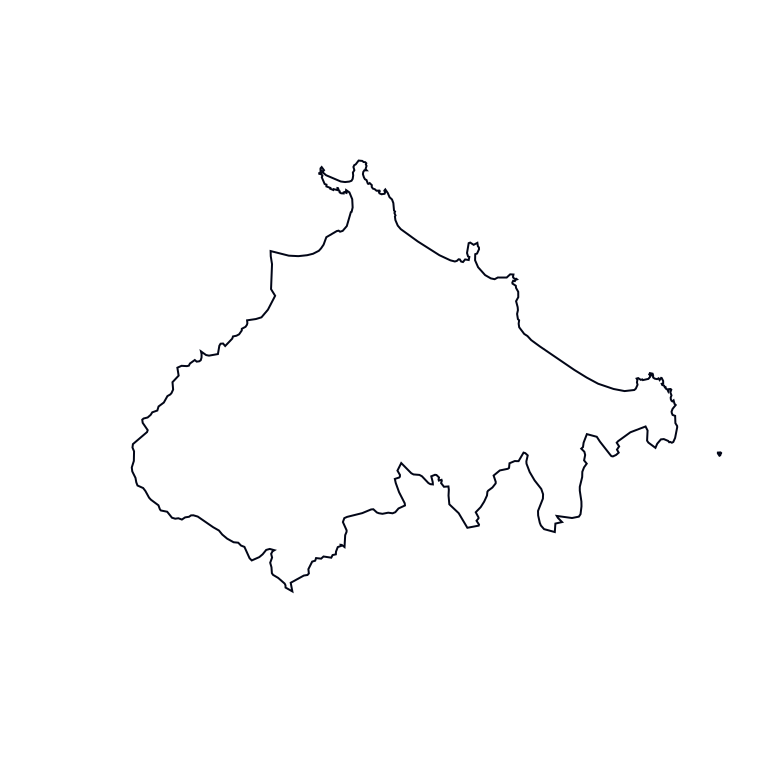 Binh Son, Quảng Ngãi, Vietnam, rotated 332°
{"feature_id": "81297802B82760747397164", "entity_name": "Binh Son", "entity_type": "district", "adm_level": 2, "iso_a3": "VNM", "parent_name": "Vietnam", "parent_adm1": "Quảng Ngãi", "projection": "equal_earth", "projection_center": [108.804, 15.309], "detail": "fine", "context": "isolated", "style": "outline", "palette": "ink", "viewbox_px": 768, "rotation_deg": 332, "n_neighbors": 0, "source": "geoboundaries", "source_scale": "gbopen_adm2", "svg_char_len": 6167}
<svg xmlns="http://www.w3.org/2000/svg" viewBox="0 0 768 768"><g transform="rotate(332 384 384)"><path d="M593.7,567.8L597.2,565.0L602.5,562.9L605.2,564.0L608.2,567.7L608.5,569.3L609.6,569.6L610.6,571.0L612.2,571.0L615.7,568.3L622.6,559.8L623.1,558.7L622.9,555.4L626.1,548.8L624.3,546.8L624.5,544.6L625.0,543.3L627.2,541.4L631.7,539.5L631.2,537.9L632.0,534.4L630.4,534.7L630.0,533.7L630.1,532.1L630.8,530.5L632.5,529.0L632.9,525.8L635.0,523.9L634.7,523.0L633.3,522.3L631.5,524.0L631.6,521.6L630.8,520.7L631.1,518.9L630.4,518.8L630.5,516.9L629.2,515.5L629.3,514.2L630.8,514.5L631.9,512.4L632.0,509.1L631.6,508.7L629.2,509.9L629.1,507.9L627.4,507.9L625.5,506.3L624.7,504.6L625.4,503.3L624.4,502.2L624.9,501.3L625.9,501.6L626.0,501.0L623.9,499.2L622.7,500.1L623.2,500.8L622.1,502.7L619.8,503.6L614.4,502.1L614.2,501.2L612.7,500.9L611.2,498.1L609.6,497.8L609.6,499.4L608.1,501.3L607.5,503.7L604.2,506.3L602.2,506.8L593.1,503.2L584.4,496.2L573.2,484.3L566.0,473.5L558.7,461.0L539.3,424.1L534.6,414.4L533.2,409.0L531.3,405.6L530.0,397.4L531.2,394.0L533.2,391.2L532.7,389.6L534.4,384.6L536.9,381.7L538.1,378.9L539.5,372.9L543.3,370.4L545.8,365.6L545.7,361.1L546.5,359.1L544.6,355.7L544.9,354.7L546.5,353.5L547.8,354.6L549.3,353.7L550.5,354.0L550.2,353.2L548.9,352.7L548.2,351.2L548.1,350.1L549.7,348.1L546.9,346.4L542.3,347.6L534.5,343.4L530.9,343.4L527.9,340.9L524.4,335.3L521.9,325.1L522.5,317.5L525.5,312.2L527.4,312.5L531.2,309.6L531.9,308.0L531.6,306.4L532.7,303.2L528.5,303.2L526.5,299.6L524.9,299.4L518.8,307.3L518.1,310.8L519.0,311.9L517.0,314.3L514.1,312.1L511.0,313.4L509.6,312.1L509.4,309.6L508.4,308.9L506.2,309.5L504.1,309.1L500.7,306.0L493.4,296.3L480.7,273.9L471.5,255.1L470.5,250.6L471.0,244.7L472.3,241.2L473.3,240.6L473.5,237.9L474.7,237.0L474.3,235.5L477.2,228.6L477.7,224.8L476.6,221.7L477.0,217.1L476.5,212.8L475.1,213.4L474.8,215.5L473.8,216.3L470.9,215.3L469.5,213.5L469.6,212.1L470.8,211.7L470.8,211.1L468.1,209.8L467.3,207.7L465.9,206.2L465.7,204.1L466.6,202.7L465.7,199.9L464.4,200.1L463.8,199.5L464.3,195.7L463.3,194.2L463.3,192.0L463.9,188.8L465.3,187.0L467.0,186.1L469.0,187.2L468.6,185.6L471.0,183.2L471.0,181.7L472.0,180.8L471.6,179.4L470.2,178.4L469.5,176.8L466.5,174.8L462.1,176.8L460.5,176.8L458.9,178.0L458.2,181.3L455.8,182.7L454.7,185.4L452.6,188.2L450.7,189.3L448.4,189.0L444.4,187.4L440.9,184.9L430.9,172.5L429.5,169.0L429.8,167.7L431.4,167.1L430.8,163.2L429.2,163.8L428.5,165.0L429.0,166.3L427.8,166.4L427.7,167.9L425.8,167.4L425.5,168.0L427.2,169.5L427.4,171.2L426.1,172.3L425.5,179.5L426.8,181.0L425.9,182.5L428.7,185.7L428.2,186.3L430.3,188.9L431.0,188.3L433.9,190.9L434.9,189.1L435.3,189.4L435.0,192.3L435.4,193.1L434.8,194.0L435.7,195.5L437.8,196.8L438.2,195.9L439.2,195.9L440.6,197.7L441.5,196.8L441.2,195.6L441.6,195.0L443.4,198.6L442.7,205.9L439.2,213.4L436.2,216.8L435.4,216.7L425.3,227.1L419.4,229.4L416.7,228.9L415.9,227.3L414.1,226.8L402.0,227.3L396.1,232.6L392.1,234.7L389.0,235.8L382.5,235.7L376.6,234.2L368.4,230.9L360.2,226.0L346.3,213.4L344.0,218.0L341.4,225.6L328.8,247.2L329.3,255.0L316.4,263.9L307.1,267.6L301.4,266.5L293.0,263.5L291.9,266.2L290.7,267.4L288.6,268.5L284.4,268.5L283.5,270.0L279.4,272.1L276.4,272.1L273.0,271.1L271.3,272.7L261.6,275.9L260.9,272.7L258.6,271.7L256.6,272.9L251.4,279.6L242.8,276.8L240.5,274.9L237.7,269.3L237.0,271.9L235.3,275.0L233.3,277.0L231.5,277.2L229.1,276.3L228.2,274.0L222.3,274.8L220.3,276.2L218.4,275.7L213.8,272.9L209.2,272.6L206.6,280.2L198.1,283.1L195.2,289.9L192.2,292.2L190.4,292.9L187.1,293.0L180.9,297.0L174.4,298.0L171.4,301.0L166.1,300.2L163.5,301.7L159.6,302.6L155.5,301.6L153.8,302.0L152.7,305.0L153.7,313.8L152.2,315.2L134.1,319.2L132.1,322.0L131.7,326.1L127.0,334.5L122.1,339.3L120.7,343.0L120.5,350.2L119.1,354.6L118.7,357.9L122.5,362.8L123.1,366.5L123.2,374.1L123.9,376.8L127.9,385.2L127.3,389.5L127.6,390.9L132.6,395.0L134.0,402.5L136.4,404.9L139.4,406.0L141.9,408.8L145.8,408.4L149.5,409.7L151.9,409.4L154.0,410.4L157.3,413.6L165.9,430.2L169.5,435.9L170.5,441.0L172.9,446.9L176.9,453.1L180.8,455.7L181.9,459.5L184.3,462.3L183.5,474.7L184.4,477.7L192.6,478.3L196.9,477.4L202.1,475.2L205.7,476.0L209.2,479.3L207.0,479.4L204.6,481.0L203.7,484.7L199.6,488.4L198.6,493.0L196.2,498.4L196.4,500.4L199.5,505.5L202.6,513.6L202.5,515.5L201.5,517.5L205.7,524.1L208.3,515.7L223.3,515.5L226.8,516.7L228.7,516.0L230.3,512.0L237.2,507.1L240.3,507.7L242.3,505.8L246.5,508.7L249.6,507.9L255.9,512.6L258.3,510.9L261.5,511.8L262.9,509.5L266.6,506.3L269.9,506.8L270.2,505.6L271.1,506.2L272.6,509.4L278.8,499.2L281.5,497.0L282.3,495.6L282.9,486.6L286.0,483.8L289.0,484.0L304.2,487.8L313.7,488.7L315.8,489.6L317.4,494.1L318.8,495.7L321.7,497.9L327.3,499.6L330.9,502.2L333.8,502.5L338.4,500.7L345.5,501.1L346.3,499.0L346.5,486.6L347.9,476.9L349.0,472.9L353.5,473.7L354.5,473.3L355.4,471.8L355.2,466.8L362.1,461.9L366.2,475.6L367.6,477.7L372.6,480.9L374.2,483.3L376.7,492.3L377.9,494.2L380.0,495.6L381.0,493.4L382.4,487.7L386.4,488.1L387.6,489.0L388.7,492.4L387.4,493.8L387.1,495.0L389.8,495.6L389.6,496.6L387.9,498.3L388.7,502.9L392.8,504.7L391.6,507.8L388.6,512.8L385.2,520.9L389.3,533.1L390.1,550.1L401.1,553.5L401.9,552.7L401.5,548.2L404.4,547.0L404.8,546.2L404.8,540.3L411.6,538.1L417.2,534.9L422.6,530.8L424.7,527.7L425.8,527.1L431.1,526.3L435.9,524.2L436.7,522.9L437.8,516.3L445.7,514.7L453.5,517.0L455.0,516.8L457.6,512.9L463.2,513.4L466.6,515.3L475.0,510.1L476.3,511.4L477.4,514.5L473.4,519.1L472.4,521.3L471.3,530.1L471.7,539.8L473.6,550.5L472.7,556.0L470.5,559.8L460.4,568.4L458.4,572.4L456.4,579.7L456.1,582.6L457.2,587.3L465.3,594.9L469.8,587.7L476.4,589.5L474.7,583.8L474.6,581.6L487.1,590.6L493.8,592.6L496.4,591.2L500.9,584.8L503.1,580.5L506.8,570.1L508.6,566.7L515.3,559.2L517.9,554.6L521.5,551.5L525.6,549.5L524.8,545.4L528.3,541.1L529.1,537.9L527.8,533.7L530.1,533.1L532.7,529.5L539.6,523.5L547.1,530.5L547.6,536.2L550.5,552.6L550.9,554.4L552.1,555.4L555.6,555.6L559.0,554.8L558.9,551.3L562.3,549.5L561.9,545.1L563.8,544.4L578.9,542.3L595.0,544.3L594.9,548.8L589.7,557.5L589.9,559.8L593.7,567.8ZM649.0,602.4L646.6,601.3L646.2,602.0L646.5,604.8L647.3,604.8L647.6,603.3L648.9,603.7L649.3,603.2L649.0,602.4Z" fill="none" stroke="#020617" stroke-width="2"/></g></svg>